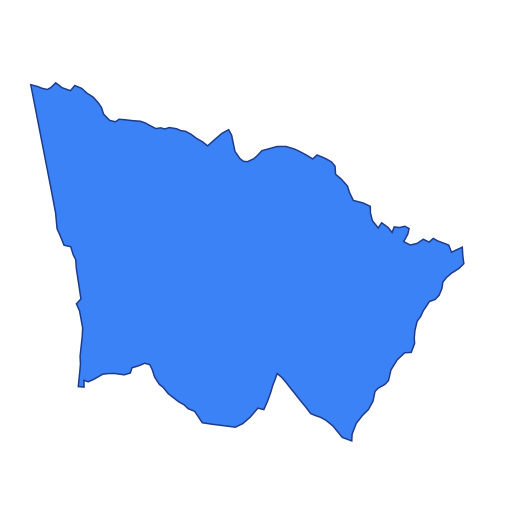 outline of Arapongas, Paraná, Brazil, rotated 174°
{"feature_id": "56859067B84180085420981", "entity_name": "Arapongas", "entity_type": "district", "adm_level": 2, "iso_a3": "BRA", "parent_name": "Brazil", "parent_adm1": "Paraná", "projection": "equal_earth", "projection_center": [-51.445, -23.445], "detail": "fine", "context": "isolated", "style": "filled", "palette": "blue", "viewbox_px": 512, "rotation_deg": 174, "n_neighbors": 0, "source": "geoboundaries", "source_scale": "gbopen_adm2", "svg_char_len": 2350}
<svg xmlns="http://www.w3.org/2000/svg" viewBox="0 0 512 512"><g transform="rotate(174 256 256)"><path d="M50.1,226.7L50.3,234.7L49.9,243.2L61.2,239.4L63.2,246.7L68.3,249.3L73.7,252.0L77.9,255.0L82.4,251.7L87.9,255.2L94.3,251.7L101.5,250.8L107.6,254.9L102.8,261.8L100.9,267.3L104.8,270.0L110.3,269.3L115.5,270.5L118.2,265.2L121.7,270.6L127.6,275.9L131.5,271.1L136.6,279.1L137.7,287.0L137.1,293.4L144.0,297.6L153.4,301.1L156.4,309.4L157.7,315.9L163.2,323.6L168.3,328.9L168.0,337.1L171.1,341.7L175.8,345.1L180.2,347.7L184.8,350.1L189.4,346.6L195.3,351.1L202.3,355.8L206.5,358.3L214.7,361.8L223.6,362.7L239.2,360.1L244.3,355.6L248.0,353.0L254.6,350.7L258.7,351.5L261.9,354.7L266.0,362.2L267.6,378.6L270.0,384.5L277.1,381.5L286.5,375.0L292.6,370.6L297.4,375.3L302.9,379.2L307.9,383.9L313.1,387.4L317.7,388.6L321.8,390.9L328.7,392.8L333.4,391.9L337.4,393.4L342.3,393.2L347.9,396.9L352.4,400.0L357.2,402.2L363.6,403.3L372.1,405.2L377.8,406.3L381.8,404.2L387.4,406.2L392.8,413.1L394.1,419.7L396.8,424.8L401.3,431.0L407.2,435.7L411.8,440.9L418.4,444.5L423.3,439.8L431.2,443.6L437.1,449.2L442.2,445.1L446.1,443.4L451.4,445.2L455.3,447.3L462.1,449.9L453.0,346.2L450.8,319.7L451.0,303.9L448.3,295.6L445.8,286.8L439.3,284.6L437.6,276.1L435.6,271.1L436.0,262.9L434.6,231.6L439.6,227.2L437.2,219.7L435.9,202.5L437.2,194.3L441.4,174.8L441.9,166.9L442.9,161.6L446.4,144.7L440.7,143.6L440.1,150.4L436.1,148.4L430.0,150.4L420.7,154.5L414.8,154.5L408.7,153.9L399.4,151.6L393.2,152.8L391.0,157.8L384.4,159.0L377.9,161.0L372.9,159.0L371.1,153.9L369.5,146.3L365.6,138.5L362.1,135.1L357.7,128.3L348.4,119.3L342.9,115.4L339.4,111.2L333.3,108.0L329.5,100.9L326.9,95.8L316.1,93.0L312.2,92.1L294.4,87.9L286.7,90.7L278.8,96.2L273.5,101.2L270.0,104.5L264.3,102.4L259.7,110.4L255.9,118.2L252.7,125.9L250.2,130.7L247.2,136.9L243.0,132.5L239.5,127.4L235.1,120.3L232.2,115.9L229.1,110.9L225.3,105.0L222.5,100.9L218.1,93.6L214.4,91.5L208.6,88.8L203.6,85.3L197.4,79.1L189.1,66.5L180.1,62.1L179.0,68.9L173.8,79.1L166.9,86.2L160.3,91.5L154.8,99.4L151.8,108.9L148.3,111.8L141.3,114.8L137.3,118.2L133.7,128.6L126.4,138.0L118.3,144.2L111.7,143.9L107.4,152.4L107.2,157.8L105.7,165.4L102.6,174.2L98.4,178.9L95.3,184.2L91.8,188.3L88.3,192.6L82.5,194.0L78.0,197.8L74.5,204.3L72.9,210.5L68.9,214.6L63.5,218.4L55.6,222.3L50.1,226.7Z" fill="#3b82f6" stroke="#1e3a8a" stroke-width="1.5"/></g></svg>